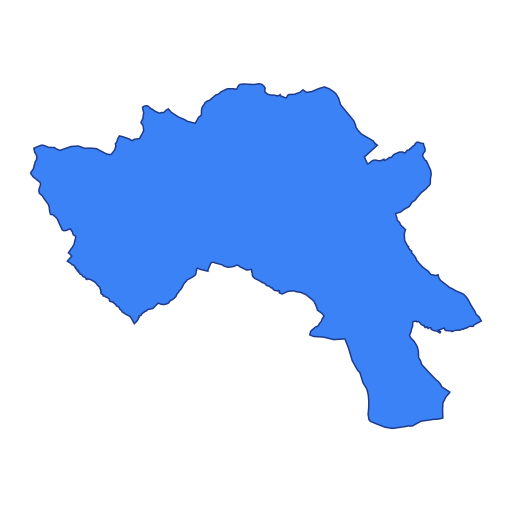 outline of Iacobeni, Sibiu, Romania
{"feature_id": "2599482B5039052337830", "entity_name": "Iacobeni", "entity_type": "district", "adm_level": 2, "iso_a3": "ROU", "parent_name": "Romania", "parent_adm1": "Sibiu", "projection": "mercator", "projection_center": [24.761, 46.032], "detail": "fine", "context": "isolated", "style": "filled", "palette": "blue", "viewbox_px": 512, "rotation_deg": 0, "n_neighbors": 0, "source": "geoboundaries", "source_scale": "gbopen_adm2", "svg_char_len": 6015}
<svg xmlns="http://www.w3.org/2000/svg" viewBox="0 0 512 512"><path d="M370.3,421.4L384.6,427.1L391.5,428.3L393.4,428.3L406.9,426.3L408.4,425.7L409.3,426.1L412.5,425.9L420.9,421.2L434.1,419.3L437.6,419.2L442.8,418.1L442.6,409.4L442.9,403.0L446.0,396.8L449.5,392.8L449.8,392.1L441.7,386.8L440.6,384.4L438.4,381.6L435.8,379.6L427.1,370.4L422.2,365.1L421.4,363.7L420.5,360.7L418.6,357.7L418.4,351.5L417.3,346.7L414.2,341.5L410.6,337.7L409.5,335.2L410.9,332.2L411.7,328.4L412.7,325.9L412.6,323.6L413.1,321.6L416.1,321.1L417.0,321.9L418.0,321.5L419.3,322.0L421.0,324.2L422.6,325.3L424.1,325.4L424.3,326.5L425.2,327.5L425.9,327.6L426.3,326.9L427.1,326.7L428.1,328.5L429.4,327.7L430.6,327.7L431.0,328.0L431.1,329.3L434.0,330.6L437.1,331.2L439.9,333.0L440.6,331.8L438.4,330.1L444.4,328.1L444.8,329.6L445.6,330.5L451.3,331.0L452.0,331.6L455.2,330.3L460.2,330.1L462.3,329.0L463.3,329.2L465.0,328.3L466.6,328.0L469.5,326.3L473.0,326.4L474.2,324.8L481.3,321.0L479.2,317.1L476.0,314.1L475.1,311.7L470.9,305.0L468.3,300.0L466.4,297.2L463.9,294.5L461.3,293.1L456.2,291.0L451.8,288.4L449.2,287.4L448.8,286.8L440.5,280.4L438.6,277.3L438.1,274.8L435.4,275.5L430.7,274.4L428.1,271.1L423.1,267.5L418.3,262.5L417.7,261.3L416.9,261.1L416.2,258.9L414.4,255.8L411.6,252.7L411.7,251.1L409.8,249.7L408.6,247.9L408.5,246.6L408.0,246.7L404.7,240.6L404.3,235.1L404.7,231.8L405.6,229.7L400.8,225.2L399.3,222.1L397.2,220.2L396.8,217.6L395.7,214.6L395.7,213.5L400.5,212.1L404.2,209.3L409.3,206.5L411.9,202.4L415.5,199.8L417.0,197.6L421.0,192.9L426.3,188.6L427.8,186.7L429.3,185.4L430.3,183.8L430.4,178.9L431.2,174.3L430.7,170.4L426.4,160.9L424.9,160.0L422.7,156.2L422.7,155.1L423.1,154.1L424.2,152.1L424.9,151.6L425.1,150.0L425.0,148.5L423.6,144.7L423.4,143.5L420.8,143.2L418.6,142.2L416.7,142.3L415.2,143.7L414.6,145.0L412.7,146.4L410.7,148.4L409.9,148.6L409.9,149.2L409.3,149.8L407.0,150.4L405.5,152.4L404.6,153.0L402.7,152.0L399.3,152.1L394.2,154.3L393.0,155.3L391.6,157.3L389.3,157.5L387.2,159.2L385.0,160.3L384.2,160.4L383.9,159.2L380.9,160.7L378.2,160.7L375.9,160.1L373.6,160.2L371.4,161.3L369.1,163.3L367.5,163.9L364.4,157.0L377.4,145.2L375.3,143.6L374.8,143.7L374.7,142.8L374.1,142.5L373.4,141.1L372.7,140.6L361.3,134.0L357.5,129.8L356.1,127.5L355.3,124.4L353.8,120.8L340.6,104.8L338.6,98.2L335.7,93.5L333.2,91.4L329.3,88.8L324.4,86.9L318.7,88.6L311.7,91.6L306.9,92.3L306.4,92.4L303.0,89.8L299.9,92.4L295.9,93.7L295.1,94.3L289.0,94.5L287.6,95.4L286.6,97.6L285.5,97.8L280.8,96.0L280.1,94.6L278.9,95.6L277.3,95.9L274.1,95.1L270.6,95.1L267.7,94.2L265.1,92.1L264.8,90.6L265.2,88.2L264.4,86.7L261.9,84.4L259.1,83.7L254.4,84.5L242.9,84.0L239.7,84.5L238.5,85.6L236.6,89.2L232.8,88.7L227.2,88.8L220.9,91.9L218.5,94.2L216.0,94.8L209.7,100.2L206.6,101.3L204.8,103.0L204.2,104.4L202.1,107.3L201.5,110.1L201.3,115.2L198.7,117.2L195.2,123.3L186.8,121.1L184.9,119.7L178.6,117.1L171.0,112.1L168.4,108.9L166.3,110.0L163.8,112.5L161.2,112.6L159.5,113.2L155.1,111.3L152.5,109.3L151.1,108.8L147.7,105.9L146.0,105.7L143.9,106.3L142.7,107.1L142.6,107.5L143.2,111.0L143.7,112.2L142.9,118.4L141.0,122.3L141.1,123.0L142.7,125.0L143.3,126.6L143.6,130.7L142.5,133.2L140.3,136.9L140.1,137.9L139.1,138.7L134.6,139.2L133.2,139.8L132.6,140.6L131.9,140.6L129.3,139.0L123.1,136.8L119.4,135.9L117.4,139.4L117.3,140.6L116.8,142.0L115.4,143.6L115.8,146.3L114.6,150.1L111.7,153.8L110.7,154.5L108.1,154.4L105.4,153.4L96.4,148.6L89.9,148.1L84.8,148.3L78.2,146.0L70.9,146.5L60.1,150.3L56.6,149.1L54.3,147.5L48.9,147.4L43.2,145.2L41.2,145.2L33.9,148.2L34.7,152.1L36.7,155.7L36.8,158.2L36.4,159.8L35.3,161.6L33.2,169.2L31.0,172.2L30.7,173.4L33.0,176.7L40.1,182.4L40.4,183.1L40.4,185.1L39.1,188.9L38.8,190.8L39.4,193.3L42.5,196.0L44.1,198.7L48.2,204.2L49.2,207.2L49.6,210.9L50.5,214.4L53.0,214.7L57.0,218.4L62.2,229.9L63.8,230.7L66.1,230.5L69.3,229.2L70.6,229.0L71.5,230.9L72.1,231.2L73.3,234.8L75.7,236.3L75.8,236.9L74.0,244.3L72.3,247.4L71.3,248.5L68.4,252.9L69.8,253.9L71.7,256.1L67.3,261.2L71.1,263.6L72.1,264.8L73.7,265.2L75.1,267.4L75.7,267.4L75.6,268.6L76.7,269.1L77.3,270.7L78.4,270.6L78.5,271.3L78.2,271.7L79.8,273.3L79.9,273.9L81.6,274.6L83.2,276.7L84.5,277.0L86.2,278.5L86.2,279.3L86.9,279.5L87.2,278.9L90.7,279.6L94.8,282.0L97.0,284.3L97.2,284.9L99.9,287.5L100.0,288.9L100.7,289.5L100.7,291.2L101.1,291.9L100.8,293.0L101.7,294.1L102.9,294.7L103.2,296.0L104.5,296.2L108.8,298.5L109.6,299.9L109.4,300.7L110.1,301.4L111.3,301.8L111.8,301.5L113.0,302.4L113.6,302.2L114.0,303.2L115.8,304.5L116.4,305.9L118.3,306.7L119.6,308.1L119.6,308.9L121.4,310.5L122.2,311.9L126.0,314.4L129.7,316.2L131.2,318.1L134.3,323.7L136.9,321.1L138.1,319.3L138.2,318.1L139.1,317.6L139.1,316.0L140.9,315.5L142.0,313.6L144.5,311.9L144.7,311.4L146.5,310.9L147.7,309.5L152.1,308.7L153.2,308.2L156.7,304.5L158.7,303.1L160.6,304.1L163.9,304.6L167.3,303.7L168.9,302.7L169.7,301.1L172.4,299.6L174.6,297.9L176.0,296.4L177.1,293.7L178.7,292.2L179.2,290.8L180.2,290.1L181.7,288.1L184.2,283.2L186.2,281.3L186.9,280.1L192.8,276.9L195.4,274.9L196.0,273.4L196.2,271.0L196.7,270.2L196.5,269.1L197.3,268.2L200.8,269.5L207.9,271.2L207.8,270.5L208.3,269.0L210.8,263.2L212.0,262.4L213.9,262.2L214.7,262.8L222.5,264.9L223.8,266.0L228.1,267.3L233.8,266.5L236.3,265.2L238.2,265.4L240.0,266.8L246.8,270.1L251.3,269.4L251.8,270.0L251.6,271.7L252.3,273.1L252.3,275.1L252.8,276.5L254.7,278.4L259.3,280.6L262.5,282.7L263.7,282.9L265.7,284.2L266.2,285.1L267.0,285.6L269.3,286.2L271.0,287.7L272.4,288.1L272.4,288.5L274.7,290.5L276.0,290.5L277.3,291.0L278.5,290.4L278.8,291.0L279.5,290.9L279.2,292.5L279.4,292.9L282.2,294.0L287.7,291.4L293.8,290.8L296.1,291.7L300.4,292.3L305.7,294.4L313.1,300.4L314.3,301.8L316.5,306.9L317.5,310.2L322.0,313.4L324.1,316.1L322.3,318.5L321.3,321.4L319.3,323.7L318.2,325.9L315.4,327.1L311.2,330.7L310.4,332.1L309.8,334.9L313.8,336.5L323.6,337.1L333.6,339.6L344.9,338.9L348.6,348.3L352.2,360.6L357.7,370.3L359.9,372.6L363.0,382.8L366.4,388.3L367.1,389.9L368.3,395.0L368.8,401.3L368.7,407.6L368.1,414.3L369.0,419.8L369.6,420.0L370.3,421.4Z" fill="#3b82f6" stroke="#1e3a8a" stroke-width="1.5"/></svg>